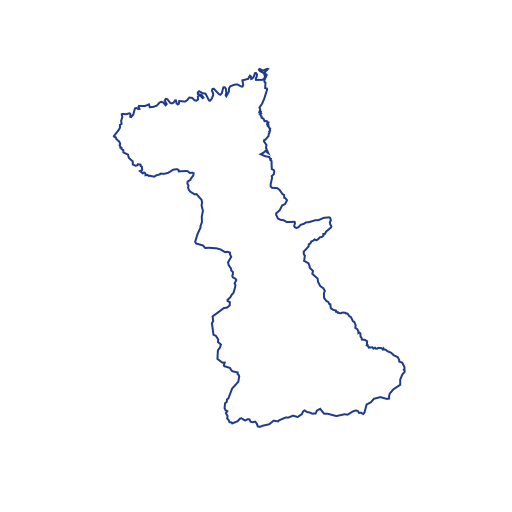 Buga, Valle del Cauca, Colombia, rotated 55°
{"feature_id": "7082276B89105760254188", "entity_name": "Buga", "entity_type": "district", "adm_level": 2, "iso_a3": "COL", "parent_name": "Colombia", "parent_adm1": "Valle del Cauca", "projection": "robinson", "projection_center": [-76.07, 3.856], "detail": "fine", "context": "isolated", "style": "outline", "palette": "blue", "viewbox_px": 512, "rotation_deg": 55, "n_neighbors": 0, "source": "geoboundaries", "source_scale": "gbopen_adm2", "svg_char_len": 6084}
<svg xmlns="http://www.w3.org/2000/svg" viewBox="0 0 512 512"><g transform="rotate(55 256 256)"><path d="M398.8,348.0L401.4,341.8L401.0,336.0L404.2,332.7L403.8,331.5L405.3,324.4L406.9,322.2L408.0,317.3L411.8,314.2L411.8,309.0L410.3,306.5L410.4,304.7L413.2,303.7L414.7,302.0L417.3,300.4L419.2,297.6L417.6,294.8L418.0,291.1L424.2,290.7L426.4,287.7L433.2,282.0L436.4,274.3L438.5,272.0L438.9,265.5L439.8,262.8L441.4,261.5L443.7,261.6L444.5,259.9L446.9,258.8L446.5,257.0L441.1,250.6L441.7,245.7L440.6,241.3L442.9,235.1L448.2,230.7L449.1,228.7L447.0,227.3L445.4,225.3L444.0,219.9L444.2,211.7L439.9,208.7L437.0,204.1L436.2,200.8L435.1,199.9L434.0,200.2L433.7,199.1L432.0,198.1L427.3,197.4L424.7,199.2L423.2,198.3L420.2,197.9L416.3,200.1L412.8,200.8L409.5,202.9L407.0,203.6L405.7,205.1L405.0,204.8L405.3,205.7L403.6,205.9L401.3,208.6L401.5,209.7L400.6,211.0L399.4,211.1L399.2,212.9L397.5,213.1L395.7,216.2L394.8,215.7L392.8,216.5L392.6,215.7L392.1,215.9L389.6,213.9L387.2,214.9L385.2,217.2L383.3,216.4L382.0,216.6L379.2,214.9L378.0,215.3L377.9,216.3L376.0,215.2L374.1,215.0L371.8,215.9L369.9,214.1L366.4,213.3L365.1,214.0L360.7,213.3L358.6,214.1L356.1,214.0L355.2,214.4L354.8,215.3L353.8,215.3L351.8,217.8L351.6,219.4L350.3,220.8L349.2,221.1L349.2,221.7L348.0,221.7L347.5,222.4L346.4,221.8L344.8,223.4L341.7,224.7L338.2,222.8L337.5,223.5L335.1,223.2L333.2,224.1L329.4,224.3L325.4,221.7L324.2,219.7L321.2,219.3L317.6,220.6L313.0,220.1L309.8,218.5L302.9,220.1L300.9,217.9L296.4,218.8L295.1,217.9L292.1,217.2L287.6,219.4L283.8,215.8L282.1,215.8L279.9,214.6L278.3,207.3L276.7,206.1L276.9,204.2L275.8,202.5L276.3,200.2L276.0,198.5L277.7,197.6L277.9,195.5L277.3,193.0L278.2,191.1L278.0,189.0L276.6,188.3L277.4,186.6L276.2,184.6L275.7,178.3L274.9,177.2L272.5,177.0L270.6,176.1L269.6,174.1L267.3,173.4L266.3,173.9L263.6,178.6L262.4,184.5L260.7,186.9L258.6,193.3L257.1,196.0L257.1,198.3L256.1,201.4L256.7,204.7L256.3,206.8L254.7,207.7L253.3,207.5L251.3,205.1L250.1,204.8L245.8,211.4L242.7,212.7L240.4,215.2L238.1,216.5L233.9,215.9L232.6,215.0L232.1,210.3L229.6,205.7L230.1,202.3L228.1,198.6L225.6,198.7L224.6,199.5L222.1,198.0L220.6,198.8L215.3,198.8L212.5,199.7L209.3,203.8L207.4,204.1L205.7,202.9L201.2,198.0L199.6,197.3L199.2,194.5L197.0,192.4L195.8,192.2L193.8,193.2L187.1,188.8L185.9,189.2L185.1,188.2L184.7,188.8L182.6,188.3L179.4,191.3L175.3,193.8L175.7,190.5L175.3,188.1L178.7,186.9L173.1,185.8L171.2,183.8L166.4,183.7L165.7,182.6L166.1,181.9L165.0,177.1L163.2,175.4L162.8,174.2L161.7,173.9L161.6,172.7L160.5,172.4L159.8,171.3L158.3,171.7L157.0,171.2L156.5,171.8L155.7,170.8L154.6,171.5L153.8,170.7L154.8,170.3L153.9,169.3L153.6,169.8L152.3,169.6L151.2,170.2L150.5,171.7L147.8,171.1L145.9,172.2L144.9,171.3L143.6,171.7L142.5,170.8L142.1,171.1L142.1,170.1L141.0,170.4L140.7,169.2L139.4,169.2L139.4,169.9L138.4,168.6L136.3,167.9L134.9,164.0L132.0,159.2L125.9,151.3L125.1,151.0L123.7,152.2L119.4,148.8L118.4,149.2L117.0,148.5L113.8,143.4L112.0,143.9L110.4,143.1L109.7,139.0L109.1,139.5L108.2,143.8L104.8,145.8L105.1,146.8L106.4,146.8L110.8,144.7L114.1,145.6L115.6,148.0L115.3,149.8L111.7,155.0L110.5,154.4L109.4,152.4L107.8,151.1L106.2,151.0L105.6,151.9L107.8,154.9L108.5,157.3L108.2,158.4L105.9,157.2L104.8,157.6L106.4,160.9L104.3,166.4L108.5,168.3L109.5,169.9L108.8,170.8L104.7,172.9L103.3,175.5L102.2,179.8L103.1,181.8L105.8,184.0L108.1,188.7L107.0,188.7L105.2,186.7L101.9,184.8L100.0,184.8L99.3,185.5L99.2,186.1L103.1,190.7L103.5,192.7L102.2,193.5L94.8,194.6L94.2,195.8L95.4,197.3L98.3,197.8L99.7,198.9L101.8,202.1L102.4,204.7L101.6,205.3L94.1,204.2L91.9,206.4L88.4,208.1L88.6,209.8L90.0,210.7L93.0,208.2L96.1,208.2L96.1,209.2L93.0,209.5L91.7,210.8L92.1,212.2L94.5,213.7L94.6,215.8L93.3,216.9L89.9,217.6L88.0,219.7L88.9,223.2L88.8,225.6L85.0,230.0L87.1,232.0L87.0,233.2L85.3,233.5L82.7,232.3L82.1,232.9L83.1,235.4L82.7,237.5L81.4,238.4L76.8,238.7L75.6,239.8L76.3,241.6L80.3,242.0L80.7,243.6L76.9,244.0L75.3,245.2L75.0,247.0L75.9,250.8L75.0,254.5L73.2,257.7L70.4,256.7L69.5,260.9L65.9,265.8L66.3,266.6L68.7,267.1L68.5,267.8L66.0,269.3L65.7,270.5L69.8,275.5L70.6,278.6L69.8,279.2L67.7,277.5L66.6,277.7L65.2,281.4L63.1,283.6L62.9,284.7L65.5,285.8L67.9,288.9L70.6,290.3L70.6,292.3L72.8,293.8L73.8,295.6L76.3,303.7L77.2,303.7L78.4,302.8L80.2,303.3L83.9,302.4L86.2,302.9L87.2,304.3L88.7,304.3L89.4,305.0L90.5,304.2L91.4,304.8L93.2,304.0L95.1,305.2L99.6,302.7L102.6,303.9L107.8,302.7L110.4,304.4L113.1,302.8L113.6,301.1L113.1,300.1L114.9,298.2L116.2,298.9L117.3,298.3L120.1,299.8L120.4,300.4L119.9,302.3L123.3,301.4L123.3,300.0L123.9,299.4L125.3,299.4L126.5,300.2L127.3,298.4L129.0,297.9L129.2,297.1L132.7,293.8L132.7,291.4L134.0,288.0L133.7,287.0L135.9,284.3L137.5,280.4L137.8,274.3L139.5,271.0L141.0,270.1L142.4,270.7L146.3,264.5L147.6,263.2L149.9,262.7L151.4,260.2L152.5,259.6L154.2,261.4L155.2,265.0L156.0,266.0L155.8,269.4L157.4,270.7L159.7,271.0L161.0,272.4L163.3,273.1L166.0,272.8L170.4,270.8L171.2,269.2L178.8,268.4L181.1,269.4L183.4,271.6L188.6,273.6L192.6,277.8L197.2,280.8L199.7,284.4L200.8,285.0L204.6,291.5L209.5,297.7L211.4,297.9L217.0,293.4L220.3,293.0L222.3,289.8L227.1,283.9L230.3,281.3L235.0,279.2L236.3,276.9L238.2,275.4L240.0,276.4L242.5,276.8L245.1,282.5L247.7,283.6L252.0,283.7L253.7,284.6L255.8,284.1L257.6,285.3L258.6,286.8L260.1,287.2L262.8,285.9L264.4,285.9L266.1,289.2L268.0,289.5L269.8,291.2L273.4,295.8L273.8,298.1L275.1,300.8L275.6,304.5L276.6,305.1L278.8,303.9L281.4,305.9L281.7,309.3L280.2,312.1L280.6,326.2L284.9,328.5L285.8,330.7L296.2,336.0L298.2,334.7L302.7,334.8L304.7,336.5L308.4,335.5L310.4,338.1L311.4,341.3L318.2,346.6L323.9,344.8L325.4,342.8L327.1,345.0L328.1,345.2L332.6,341.6L336.1,341.7L337.3,341.1L340.9,337.8L342.3,338.8L343.7,338.4L345.0,338.8L348.9,342.7L350.9,351.6L356.8,360.3L356.9,362.1L358.7,363.6L358.9,365.8L362.6,369.0L365.0,369.4L366.7,368.5L367.4,370.8L370.8,371.1L372.5,372.8L374.4,372.5L377.0,373.0L378.3,371.5L379.5,371.5L380.8,365.8L380.0,362.4L380.5,361.1L384.5,359.3L385.0,356.2L386.1,355.1L388.6,355.5L390.0,354.5L391.2,351.7L393.6,351.5L396.7,352.3L398.2,350.8L398.8,348.0Z" fill="none" stroke="#1e3a8a" stroke-width="2"/></g></svg>